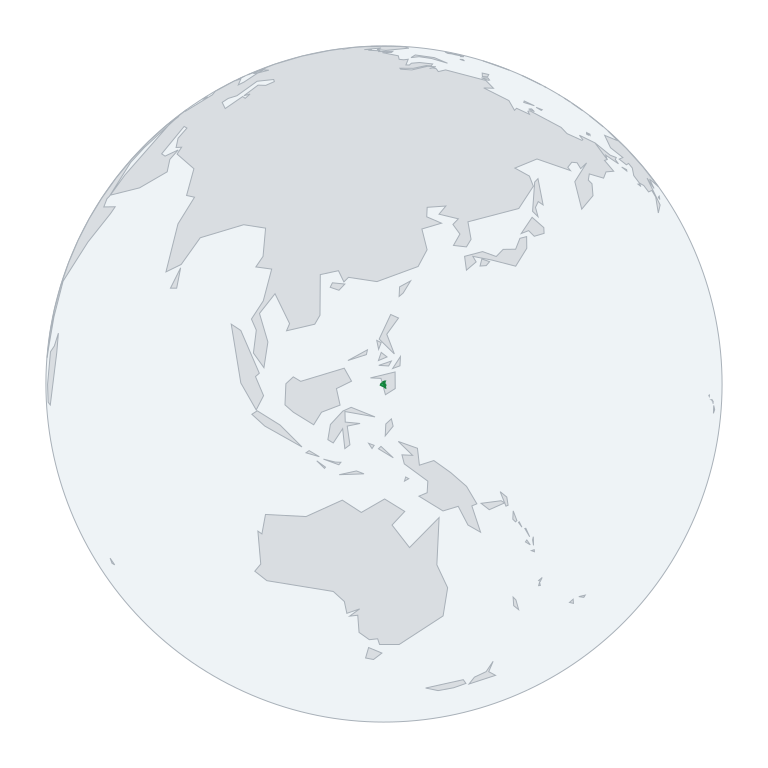 Maguindanao on an orthographic globe, rotated 23°
{"feature_id": "PHL-2576", "entity_name": "Maguindanao", "entity_type": "Province", "adm_level": 1, "iso_a3": "PHL", "parent_name": "Philippines", "parent_adm1": "", "projection": "orthographic", "projection_center": [124.466, 7.153], "detail": "fine", "context": "on_globe", "style": "filled", "palette": "green", "viewbox_px": 768, "rotation_deg": 23, "n_neighbors": 0, "source": "natural_earth", "source_scale": "10m", "svg_char_len": 9247}
<svg xmlns="http://www.w3.org/2000/svg" viewBox="0 0 768 768"><g transform="rotate(23 384 384)"><circle cx="384" cy="384" r="338" fill="#eef3f6" stroke="#a8b0b8"/><path d="M651.7,499.7L651.4,502.0L651.1,502.4L651.7,499.7ZM559.4,95.2L558.9,94.9L548.4,91.6L556.2,98.5L545.7,91.7L568.2,111.3L569.7,119.4L561.1,105.8L554.9,101.2L552.5,103.8L545.6,99.8L540.5,99.2L532.5,94.6L528.1,88.1L522.9,85.4L521.5,87.5L512.6,85.1L515.4,82.2L500.2,78.0L490.0,68.9L504.2,68.8L491.7,63.8L491.4,63.6L514.8,72.4L537.5,83.0L559.4,95.2ZM698.7,282.3L695.9,274.9L698.4,278.4L698.7,282.3ZM693.6,271.3L694.7,273.6L693.6,271.9L693.6,271.3ZM692.4,270.6L693.3,271.1L692.6,271.3L692.4,270.6ZM691.2,270.7L691.8,270.3L691.8,270.7L691.2,270.7ZM688.3,268.4L687.5,267.7L687.8,266.5L688.3,268.4ZM563.5,104.9L563.9,103.5L565.8,106.4L563.5,104.9ZM541.2,100.0L543.3,101.8L539.7,100.8L541.2,100.0ZM524.3,93.1L518.0,91.4L523.6,91.9L524.3,93.1ZM513.8,89.7L498.6,86.7L501.8,90.2L484.0,79.6L502.8,85.0L509.3,84.8L509.2,87.0L513.8,89.7ZM476.6,74.7L472.3,73.4L476.0,73.6L476.6,74.7ZM485.3,61.6L483.1,61.0L472.3,57.9L469.6,57.2L468.4,56.8L485.3,61.6ZM459.8,54.7L460.2,54.8L452.3,53.1L459.8,54.7ZM447.0,52.1L459.2,54.6L458.8,54.6L447.0,52.1ZM441.1,50.9L445.4,51.7L444.9,51.6L441.1,50.9ZM432.7,49.6L432.0,49.5L432.7,49.6ZM439.9,50.7L441.0,50.9L438.1,50.5L439.9,50.7ZM417.2,47.7L414.8,47.5L417.2,47.7ZM94.9,209.0L94.3,211.0L113.0,184.9L114.3,180.5L127.7,163.7L133.0,159.0L133.0,165.6L137.3,160.6L146.3,147.0L155.4,140.1L150.4,142.0L145.7,147.4L142.4,149.3L146.6,144.5L149.7,141.9L152.2,138.6L137.6,152.8L158.2,132.6L180.5,114.2L204.3,97.8L203.1,98.6L214.2,91.9L215.9,91.6L222.9,87.0L224.7,86.0L235.5,80.5L243.6,77.1L248.9,74.5L239.9,78.3L266.6,67.1L271.5,65.5L275.7,65.1L255.3,76.2L246.9,78.9L250.0,75.8L235.2,83.9L242.1,80.6L239.2,82.9L250.3,78.8L248.8,80.3L262.1,74.3L261.4,75.8L253.0,79.6L268.9,76.3L271.1,79.2L275.4,77.9L279.4,75.6L279.5,81.7L282.7,80.5L283.9,78.0L291.1,74.2L303.7,70.4L303.1,72.7L298.4,74.4L287.6,82.0L275.3,87.1L276.4,87.7L286.9,84.0L300.0,74.5L307.8,71.7L302.7,75.8L305.2,74.0L308.9,73.4L311.9,75.2L318.0,70.8L359.2,64.8L369.2,69.0L360.1,72.5L388.2,74.3L397.2,81.1L398.3,78.4L412.5,78.9L409.9,76.7L411.5,75.5L446.8,78.6L454.6,82.0L471.0,82.4L471.6,81.4L466.7,78.7L484.0,79.6L501.8,90.2L499.6,92.0L512.3,98.4L505.5,102.0L505.7,108.7L490.9,110.4L492.4,116.5L497.2,118.4L502.8,129.0L497.7,145.8L480.6,123.2L484.1,101.3L480.9,108.9L475.3,104.9L470.2,106.5L468.5,112.7L472.2,114.7L436.9,117.1L420.1,134.1L436.6,135.8L444.2,143.6L439.5,169.8L397.9,201.9L407.6,216.8L406.3,225.6L393.8,229.3L395.3,216.3L385.1,210.2L387.9,202.9L368.3,206.2L371.4,196.0L354.7,204.5L358.0,213.4L374.1,213.5L358.3,226.5L371.2,243.6L369.5,262.5L337.5,292.5L309.6,299.7L307.2,305.7L297.8,297.5L282.6,308.2L298.2,345.7L296.9,356.0L273.5,373.1L273.5,365.3L248.4,343.5L241.8,367.7L260.7,390.7L267.1,415.9L251.7,406.5L245.4,384.3L236.6,376.0L240.4,354.7L235.7,322.1L220.3,326.3L222.8,313.8L214.1,286.8L192.6,292.2L157.7,321.2L150.6,353.2L139.5,366.0L131.8,317.1L136.6,286.1L128.6,287.6L124.9,260.1L103.7,253.2L105.2,245.1L100.2,247.5L98.4,238.2L102.6,225.4L99.4,225.0L89.4,259.0L93.4,259.8L103.1,249.0L99.1,260.9L101.5,273.4L82.3,299.0L58.3,317.1L63.8,293.0L85.8,226.4L89.5,219.9L89.9,219.2L90.7,217.8L84.7,228.1L91.1,215.8L71.0,260.0L64.2,279.1L57.9,318.4L56.6,321.7L56.9,330.5L67.3,325.9L65.7,333.9L56.0,369.0L48.4,414.8L53.9,451.0L60.9,480.9L63.6,491.4L56.7,468.0L51.5,444.1L48.0,419.9L46.3,395.6L46.3,371.1L48.1,346.8L51.7,322.6L57.0,298.8L64.0,275.4L72.7,252.5L83.0,230.4L94.9,209.0ZM135.5,155.0L130.4,160.7L130.5,160.6L135.5,155.0ZM125.0,188.0L130.2,192.5L141.6,174.6L144.6,175.3L147.4,169.4L142.4,173.4L151.3,158.1L158.5,155.3L164.9,148.5L163.5,146.8L148.9,154.9L136.0,176.1L129.0,182.0L125.0,188.0ZM376.7,46.2L370.9,46.4L359.7,47.0L365.6,46.6L348.9,47.9L349.7,47.8L376.7,46.2ZM411.1,47.2L412.0,47.3L395.8,46.3L390.2,46.1L411.1,47.2ZM310.4,54.7L314.9,53.6L316.5,53.3L328.6,51.1L328.3,51.6L320.9,53.1L310.4,54.7ZM109.5,188.5L105.8,192.8L107.7,189.9L108.6,188.9L109.5,188.5ZM312.1,54.8L317.2,53.7L313.9,54.7L312.1,54.8ZM328.8,51.9L326.1,52.9L329.7,51.4L328.8,51.9ZM199.9,651.3L206.8,655.7L203.7,655.3L199.9,651.3ZM70.6,483.3L85.0,533.7L82.0,532.0L74.5,515.9L64.4,484.6L65.7,477.8L64.4,464.4L70.6,483.3ZM352.1,481.0L362.6,483.4L362.2,484.9L352.1,481.0ZM341.1,474.6L352.9,476.2L339.1,477.8L341.1,474.6ZM357.6,476.8L369.7,474.9L374.9,472.9L374.0,476.0L357.6,476.8ZM333.1,474.0L290.7,469.3L274.2,463.5L277.8,458.2L304.4,462.4L333.1,474.0ZM276.5,457.8L251.8,439.0L220.0,388.6L231.3,390.7L265.0,422.8L262.8,427.4L277.7,441.8L276.5,457.8ZM337.5,434.4L335.2,449.0L311.6,445.4L301.0,441.9L293.6,422.1L297.7,412.9L306.3,414.1L341.2,385.0L353.0,394.1L342.0,406.8L351.8,420.6L337.5,434.4ZM151.4,356.5L155.7,376.8L150.0,379.2L151.4,356.5ZM356.3,363.8L341.6,376.5L355.4,359.0L356.3,363.8ZM365.2,347.0L365.5,354.2L360.3,346.7L365.2,347.0ZM305.9,315.3L296.7,316.0L297.0,311.0L308.9,307.3L305.9,315.3ZM368.2,278.7L366.1,292.8L363.7,297.5L360.4,288.5L368.2,278.7ZM317.1,63.9L300.5,65.8L288.4,69.0L281.3,73.0L284.2,68.9L302.9,63.9L317.1,63.9ZM354.1,64.1L360.2,61.7L362.4,63.0L361.3,63.7L354.1,64.1ZM354.4,62.5L352.9,59.4L359.5,58.2L359.3,60.8L354.4,62.5ZM331.8,55.1L326.9,55.5L329.7,54.5L331.8,55.1ZM572.5,625.2L576.4,627.6L566.8,636.4L553.6,645.1L541.1,647.6L572.5,625.2ZM474.1,643.4L472.8,632.6L487.2,632.5L482.0,641.7L474.1,643.4ZM581.8,618.5L590.4,608.9L592.8,596.6L592.8,607.9L600.5,608.6L579.5,626.9L581.8,618.5ZM418.4,594.8L353.0,610.8L338.2,606.8L340.9,597.9L325.4,568.7L330.2,569.7L325.9,550.4L364.0,536.5L391.0,507.2L413.3,511.1L429.5,489.6L452.9,493.2L446.5,510.7L471.4,524.6L486.9,485.4L503.3,529.8L522.2,546.7L529.0,574.4L499.7,617.9L481.7,625.5L477.7,621.0L470.4,625.1L458.1,622.4L450.2,607.1L443.1,611.1L449.5,600.5L439.4,609.6L432.5,599.7L418.4,594.8ZM586.1,529.7L589.8,531.2L596.1,539.1L590.0,537.4L586.1,529.7ZM642.2,508.2L644.1,511.9L640.1,512.6L642.2,508.2ZM651.1,502.4L646.4,503.6L651.7,499.7L651.1,502.4ZM604.6,505.5L606.6,508.4L605.1,509.2L604.6,505.5ZM603.1,504.5L605.2,500.3L605.0,504.7L603.1,504.5ZM584.8,479.8L587.0,477.8L588.0,479.6L584.8,479.8ZM378.2,485.0L392.6,474.8L400.7,474.5L378.2,485.0ZM581.5,474.9L575.9,474.1L576.4,471.8L581.5,474.9ZM581.7,469.5L581.1,466.2L584.7,474.1L581.7,469.5ZM570.9,461.4L577.8,467.7L570.1,462.0L570.9,461.4ZM566.9,461.9L561.9,458.9L562.3,458.0L566.9,461.9ZM512.5,461.9L530.8,482.7L516.4,481.0L500.1,467.6L487.9,477.8L460.0,473.6L466.2,467.2L462.3,456.3L433.9,449.6L428.2,442.2L438.2,438.5L419.6,431.3L439.9,430.1L448.3,444.9L459.8,435.0L480.1,439.5L500.0,446.0L516.3,458.0L512.5,461.9ZM440.3,461.1L443.8,461.5L440.8,465.4L440.3,461.1ZM552.5,450.3L559.7,457.8L558.9,459.5L555.4,458.1L552.5,450.3ZM520.0,455.9L537.4,445.7L541.5,446.3L530.0,458.6L520.0,455.9ZM533.0,437.7L541.2,440.1L545.6,447.1L544.0,448.8L533.0,437.7ZM398.9,444.3L398.2,448.1L393.0,444.6L398.9,444.3ZM405.6,442.6L421.4,448.3L404.2,445.8L405.6,442.6ZM358.8,424.6L363.2,434.2L377.4,429.7L366.6,437.1L376.4,453.3L373.2,458.8L363.4,441.3L360.3,458.1L354.1,457.2L350.5,442.2L356.7,425.0L362.9,418.3L388.6,417.8L358.8,424.6ZM405.4,431.3L401.3,420.1L404.4,413.2L408.9,419.3L405.4,431.3ZM389.5,393.3L379.0,380.0L369.1,383.7L389.5,368.6L396.1,383.8L389.5,393.3ZM381.2,365.6L371.9,368.9L381.8,360.0L381.2,365.6ZM369.7,364.6L369.1,356.0L376.2,357.9L369.7,364.6ZM385.9,366.4L388.4,352.3L391.6,361.0L385.9,366.4ZM367.1,337.1L381.8,352.3L362.0,344.5L363.0,317.4L371.6,317.6L367.1,337.1ZM426.3,237.9L425.2,230.7L433.4,230.1L431.8,235.1L426.3,237.9ZM459.2,224.1L435.2,227.7L415.9,231.8L421.1,235.6L415.4,247.0L408.3,235.0L423.0,223.6L437.5,222.8L441.1,213.5L452.5,208.5L452.2,196.8L457.7,192.6L462.4,203.3L459.2,224.1ZM451.5,191.9L455.2,172.7L470.0,177.6L472.5,182.8L464.6,189.3L457.2,186.3L451.5,191.9ZM460.4,169.8L453.3,167.0L443.8,139.2L445.5,134.8L460.5,157.0L454.7,155.8L454.4,162.2L460.4,169.8ZM472.8,74.8L472.3,73.6L475.5,75.1L472.8,74.8ZM409.7,74.3L412.4,73.1L416.0,74.5L409.7,74.3ZM421.9,70.7L415.9,69.9L422.5,69.7L421.9,70.7ZM402.5,68.7L413.7,69.1L402.6,70.2L402.5,68.7Z" fill="#d9dde1" stroke="#a8b0b8" stroke-width="1"/><path d="M382.6,383.0L382.6,382.9L382.6,382.7L382.6,382.4L382.4,382.5L382.3,382.4L383.5,381.2L384.0,381.0L383.9,381.7L383.9,381.9L384.1,382.1L384.2,382.3L383.2,383.7L383.2,383.9L383.3,383.9L383.5,383.9L383.7,383.6L383.8,383.5L384.1,383.5L384.1,383.8L383.9,384.3L384.0,384.4L384.0,384.5L384.3,384.6L384.5,384.7L384.5,384.8L384.7,385.0L384.8,385.0L385.0,385.1L385.3,385.2L385.5,384.9L385.4,384.9L385.4,384.7L385.2,384.4L385.3,384.3L385.4,384.2L385.5,384.2L385.4,384.1L385.3,383.9L385.5,383.7L385.6,383.8L385.8,384.2L385.9,384.5L385.8,384.8L385.9,385.0L386.1,385.0L386.2,386.3L386.5,386.5L386.4,386.6L386.4,386.8L386.5,386.9L386.6,387.0L386.4,387.0L386.2,387.0L386.0,386.9L385.8,386.8L385.7,386.6L385.6,386.4L385.5,386.2L385.3,386.2L385.4,385.8L385.0,385.8L385.0,385.7L384.8,385.8L384.7,385.8L384.6,386.1L384.5,386.4L384.3,386.5L384.0,386.5L382.8,386.5L382.7,386.5L382.7,386.4L381.5,386.3L381.5,386.2L381.4,386.0L381.2,386.2L381.1,385.9L381.1,385.7L381.1,385.1L381.2,384.8L381.4,384.2L381.6,384.1L381.8,384.0L382.0,383.9L382.2,383.7L382.3,383.6L382.6,383.8L382.9,383.9L383.1,383.6L382.9,383.3L382.7,383.0L382.6,383.0Z" fill="#22c55e" stroke="#15803d" stroke-width="1.5"/></g></svg>